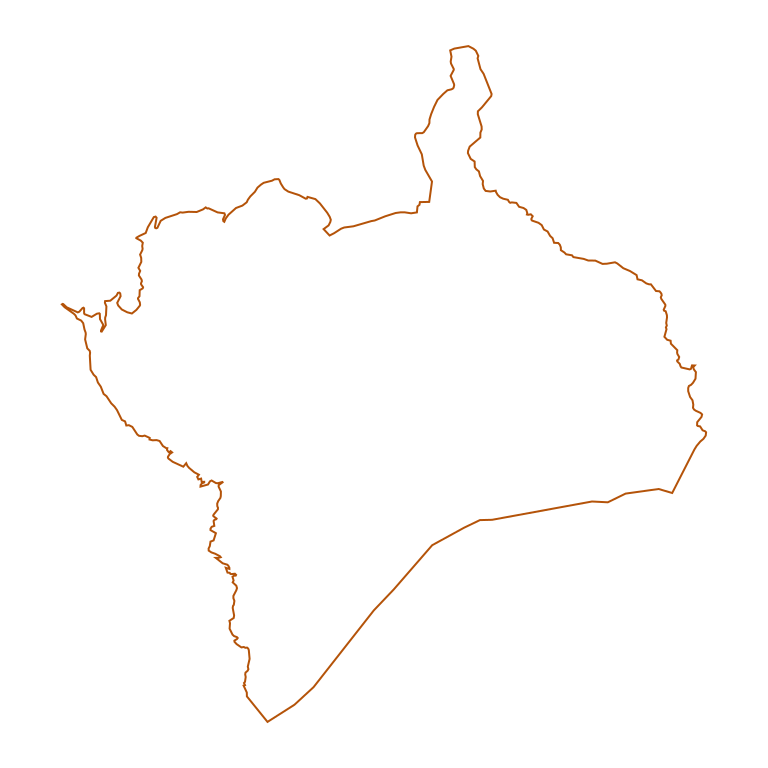 Orsova, Mehedinti, Romania (Robinson projection)
{"feature_id": "2599482B96117970441540", "entity_name": "Orsova", "entity_type": "district", "adm_level": 2, "iso_a3": "ROU", "parent_name": "Romania", "parent_adm1": "Mehedinti", "projection": "robinson", "projection_center": [22.398, 44.731], "detail": "fine", "context": "isolated", "style": "outline", "palette": "amber", "viewbox_px": 768, "rotation_deg": 0, "n_neighbors": 0, "source": "geoboundaries", "source_scale": "gbopen_adm2", "svg_char_len": 6068}
<svg xmlns="http://www.w3.org/2000/svg" viewBox="0 0 768 768"><path d="M478.3,55.9L475.8,50.7L473.4,48.7L468.4,46.1L454.3,48.6L450.2,50.4L451.5,56.7L450.7,61.5L451.0,63.5L453.8,69.1L453.7,70.0L450.6,75.9L454.0,84.0L454.2,85.1L453.6,87.7L452.6,88.8L451.2,89.4L447.4,90.3L443.3,93.9L437.5,99.9L434.1,106.8L431.2,114.0L429.5,119.5L429.4,123.1L428.1,126.1L423.8,132.2L422.3,133.1L416.9,133.2L415.9,133.7L415.2,134.8L415.0,137.4L417.6,145.5L421.8,154.3L423.7,165.6L425.3,169.9L432.0,181.5L429.2,201.9L419.9,202.1L419.5,204.8L417.5,206.4L416.9,212.4L411.1,213.3L404.5,212.3L400.8,212.3L395.6,213.0L385.2,216.3L374.7,220.5L371.3,221.1L353.4,226.3L344.2,227.5L341.1,228.7L334.1,233.2L329.6,235.5L323.6,229.1L328.6,225.4L330.3,222.0L330.8,219.8L329.7,216.8L327.2,212.7L319.9,203.4L315.4,199.1L307.5,196.9L306.9,198.5L305.7,198.7L299.3,195.2L288.3,191.6L284.5,189.1L283.2,187.4L280.8,183.5L279.4,180.0L278.5,179.1L274.6,179.3L272.0,180.7L263.7,182.8L261.0,184.6L257.5,187.6L254.9,191.8L250.3,196.4L247.9,199.7L246.7,202.3L242.4,205.6L236.0,208.0L228.5,214.7L225.8,218.4L224.3,221.8L223.4,221.2L223.0,219.3L225.0,214.9L224.4,213.3L217.6,212.4L208.6,208.3L207.3,208.5L205.7,207.4L203.0,209.4L196.7,212.0L188.5,211.8L182.7,212.6L180.1,212.3L177.0,214.1L165.4,217.9L160.7,220.8L157.4,227.8L156.2,228.3L155.3,228.0L154.9,227.0L156.6,217.8L155.6,216.6L153.8,217.1L147.8,227.3L145.7,233.0L139.5,235.9L136.4,237.7L136.3,238.2L140.8,240.6L142.8,242.7L142.2,246.0L142.6,248.8L142.3,250.2L140.1,254.6L141.2,257.9L141.3,261.9L138.4,267.8L140.2,270.9L139.0,273.8L138.9,275.5L141.5,279.5L141.9,281.1L141.0,283.4L141.1,284.4L143.1,287.2L142.7,288.4L139.7,290.2L139.5,296.2L138.0,298.2L138.0,298.9L139.8,302.3L140.1,304.9L139.8,305.7L136.4,309.9L131.9,313.5L127.3,312.3L121.8,309.5L118.2,305.5L117.2,302.9L120.6,296.2L120.2,293.4L119.4,292.6L117.9,292.9L116.5,295.6L110.3,300.7L105.1,301.1L104.9,302.8L106.4,306.4L106.0,315.2L105.2,317.5L105.1,319.4L105.8,325.1L101.7,331.6L101.0,331.4L101.0,330.5L103.2,325.2L103.1,324.6L100.0,319.1L99.8,313.8L99.3,313.3L96.9,313.7L91.6,316.9L84.6,314.2L84.1,313.2L84.1,308.3L83.5,307.7L82.5,308.1L79.3,311.7L77.8,312.4L66.7,307.3L63.3,304.1L62.7,303.9L61.9,304.4L64.6,307.2L73.9,313.8L75.5,315.4L76.9,318.5L81.2,320.6L83.2,323.2L84.5,329.5L85.6,332.5L85.8,334.1L85.1,339.4L87.3,348.4L89.7,350.8L90.1,352.7L89.8,355.6L90.6,369.8L93.6,374.7L96.1,377.1L97.9,382.5L100.8,386.7L103.6,393.9L106.5,396.2L111.2,403.3L114.6,406.7L117.0,410.1L121.8,419.9L125.1,421.4L126.3,425.5L128.9,425.2L132.3,426.9L137.3,434.5L139.0,435.8L142.3,436.2L144.7,435.6L149.7,437.9L149.5,439.5L152.6,440.3L156.6,440.1L159.6,441.0L162.9,446.0L166.3,448.2L167.3,448.2L167.0,449.9L168.4,451.8L169.1,452.4L170.5,451.1L172.1,452.4L169.7,454.1L168.0,456.7L167.9,457.7L168.5,458.6L172.7,461.8L183.3,466.7L186.2,463.2L187.4,465.9L189.1,467.9L194.3,472.3L198.9,474.7L197.2,476.9L198.4,479.4L201.1,478.6L201.7,482.0L204.2,481.8L204.2,482.4L202.0,483.3L200.6,485.0L200.5,486.6L208.0,484.5L210.0,481.3L211.6,480.5L216.0,483.1L217.8,483.2L222.4,482.0L222.6,482.3L218.7,485.1L218.6,486.6L220.9,491.5L220.8,496.1L220.4,497.9L218.2,501.1L217.2,503.6L217.3,506.2L218.0,507.8L217.9,509.3L213.6,514.6L213.2,515.7L213.5,516.3L216.6,518.6L216.3,519.2L214.4,519.9L213.6,521.0L214.3,525.9L211.7,526.8L210.5,528.7L210.5,530.1L215.9,533.2L213.6,540.4L210.5,541.6L209.8,546.1L208.6,548.5L208.7,550.6L211.4,552.4L215.1,553.7L219.9,556.2L220.7,557.2L218.7,557.8L215.8,557.9L222.7,563.3L227.3,564.7L228.3,565.7L229.4,567.8L229.4,568.9L225.8,567.8L227.5,572.6L229.7,572.8L230.4,573.9L231.4,574.1L234.9,573.7L236.1,574.9L235.7,575.6L233.9,575.7L232.5,576.8L233.6,580.5L232.7,582.4L236.3,585.7L237.0,588.1L236.3,590.3L233.4,595.9L233.4,598.2L234.4,600.9L233.8,604.8L233.0,606.0L232.7,607.9L234.1,615.4L233.7,618.0L229.4,620.8L230.0,623.2L229.6,628.7L232.5,634.6L234.1,636.1L236.9,637.1L237.7,638.0L236.9,639.1L234.4,640.6L234.5,641.8L236.6,644.1L241.4,647.4L243.8,647.0L245.3,647.8L247.1,647.6L248.2,648.6L248.8,650.1L249.6,658.9L247.8,666.7L248.4,669.2L247.6,670.8L245.5,672.6L245.2,674.4L245.7,677.0L245.0,681.8L244.0,683.0L245.0,685.1L243.6,685.6L246.8,692.5L246.9,696.4L267.5,721.9L294.5,704.7L313.6,687.1L373.8,610.4L393.8,589.4L432.2,545.2L464.1,527.7L479.9,520.1L492.1,519.8L592.0,501.5L607.8,502.3L625.6,493.6L658.6,489.0L672.2,493.0L694.4,449.5L696.7,445.8L700.3,441.5L703.4,438.9L705.7,435.6L706.1,432.3L705.2,431.3L702.6,430.3L700.1,426.4L697.8,426.0L697.1,425.4L697.2,422.2L701.5,416.9L702.1,414.4L700.5,412.9L695.7,410.7L694.0,409.5L693.0,407.8L693.3,404.7L692.5,400.3L690.1,397.0L688.2,391.2L688.2,388.0L688.9,386.0L691.1,384.8L693.0,382.8L695.5,378.7L695.9,372.1L693.8,369.3L693.2,367.1L694.7,365.5L692.0,365.4L691.0,368.8L689.7,369.4L681.4,367.5L680.6,366.4L679.7,363.8L677.3,361.5L677.1,360.4L678.4,359.6L679.2,357.0L677.4,354.0L677.1,352.5L677.3,350.2L670.9,343.7L670.6,340.7L667.2,339.8L664.4,336.8L666.5,329.2L665.9,327.4L666.8,325.6L666.2,323.0L667.0,317.4L666.9,315.2L665.7,311.3L664.0,310.6L663.7,309.7L665.4,305.9L665.3,304.6L661.3,298.9L660.8,297.3L661.7,295.3L661.4,293.7L660.5,292.4L659.5,291.3L656.0,291.0L650.9,284.3L649.0,284.3L646.3,283.4L641.9,280.3L637.5,279.3L636.6,275.1L629.9,271.0L623.3,268.2L617.2,263.4L615.0,262.3L606.9,263.7L602.5,263.9L595.3,260.6L588.2,260.5L583.7,258.9L573.4,257.1L572.0,255.3L566.1,254.3L564.4,252.5L560.9,250.2L560.8,247.3L559.8,244.7L558.2,243.0L554.1,242.8L552.6,238.2L550.1,235.9L547.6,231.5L543.9,229.5L541.7,225.1L538.5,222.8L532.1,220.6L531.4,219.7L531.4,218.7L532.7,216.2L530.8,214.3L528.1,214.8L526.9,214.5L527.3,213.2L526.3,209.9L523.5,208.0L519.1,206.8L516.4,202.9L511.8,202.4L510.2,202.8L509.0,201.8L507.9,199.8L503.2,198.7L500.0,197.2L497.6,194.8L496.0,192.0L495.7,190.7L490.3,191.5L485.6,190.9L483.8,188.5L482.7,184.1L483.0,180.9L480.1,176.1L478.9,171.4L476.3,169.3L474.8,167.1L474.6,161.5L470.7,158.9L467.9,153.1L468.1,150.8L469.7,146.6L480.3,137.5L480.4,132.6L481.7,129.5L481.6,126.5L477.8,114.2L477.9,111.3L481.9,107.4L491.2,96.1L491.6,94.0L483.6,73.8L480.5,69.2L477.6,58.3L478.3,55.9Z" fill="none" stroke="#b45309" stroke-width="2"/></svg>